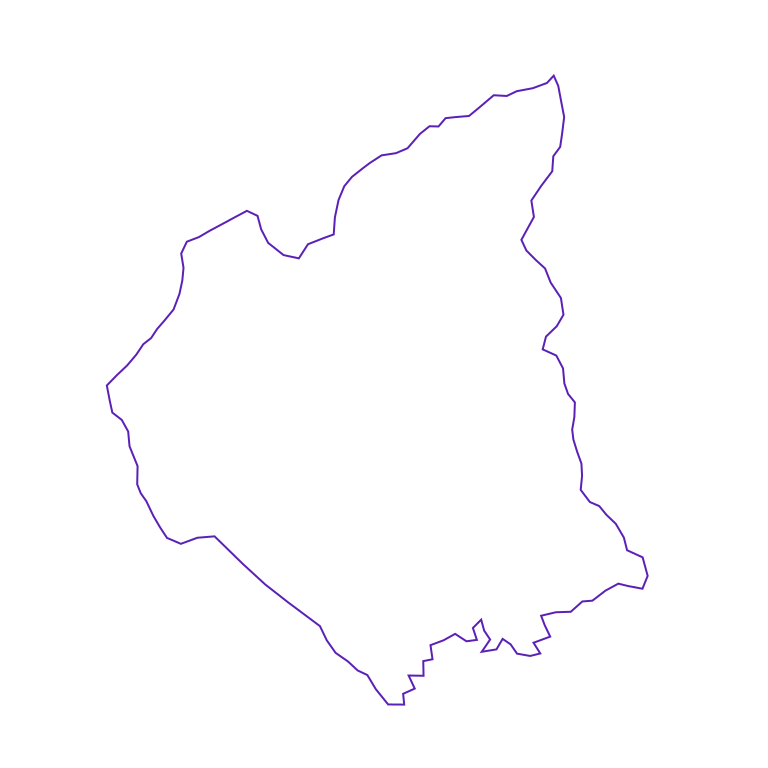 Elias Fausto, São Paulo, Brazil, rotated 184°
{"feature_id": "56859067B16325589227677", "entity_name": "Elias Fausto", "entity_type": "district", "adm_level": 2, "iso_a3": "BRA", "parent_name": "Brazil", "parent_adm1": "São Paulo", "projection": "robinson", "projection_center": [-47.38, -23.077], "detail": "fine", "context": "isolated", "style": "outline", "palette": "violet", "viewbox_px": 768, "rotation_deg": 184, "n_neighbors": 0, "source": "geoboundaries", "source_scale": "gbopen_adm2", "svg_char_len": 1945}
<svg xmlns="http://www.w3.org/2000/svg" viewBox="0 0 768 768"><g transform="rotate(184 384 384)"><path d="M209.8,465.6L213.5,482.1L224.8,496.8L231.4,510.5L241.0,518.1L251.3,527.1L257.0,537.4L246.1,561.1L249.8,577.3L241.0,592.6L231.0,608.0L231.0,623.0L224.8,632.8L223.8,645.8L222.9,662.9L226.8,677.6L231.0,693.6L236.2,703.4L242.4,695.7L256.1,689.5L272.1,685.3L281.6,679.9L294.7,679.7L308.0,666.7L317.9,657.3L331.5,655.2L341.1,653.5L347.6,644.7L356.6,644.3L365.6,636.0L377.0,620.8L388.2,615.1L402.4,611.9L413.3,603.7L420.1,597.8L430.4,588.4L437.4,578.6L442.2,564.3L444.6,546.8L444.6,529.7L454.3,525.4L469.6,518.1L477.7,503.4L493.2,505.6L509.4,516.7L517.3,529.7L521.9,542.9L532.9,547.2L569.2,524.3L578.8,517.7L590.6,512.2L595.4,500.0L592.1,485.9L592.4,473.3L594.3,459.7L599.1,443.7L607.2,432.3L614.2,423.0L619.5,413.6L626.9,406.9L633.1,396.1L641.6,384.5L651.0,374.3L660.4,363.2L656.3,347.8L653.0,336.5L643.1,329.9L635.9,318.8L633.5,304.1L624.1,284.9L623.2,266.7L619.0,258.0L612.9,250.5L604.8,236.2L597.2,225.1L589.7,215.3L575.5,210.4L559.5,217.6L542.4,220.2L512.2,194.6L488.6,175.8L464.3,159.4L431.0,138.0L423.2,124.3L413.5,112.4L400.6,104.7L390.3,96.4L380.3,92.5L370.8,78.9L357.5,64.6L341.5,65.6L343.3,76.3L332.1,82.3L339.1,94.9L324.2,95.7L325.5,110.3L316.4,112.8L319.4,126.7L306.7,132.5L295.6,139.7L283.8,133.1L273.5,135.2L278.3,146.8L270.6,155.7L266.9,145.0L260.3,136.5L267.8,123.7L253.3,127.1L247.9,138.0L239.5,133.1L232.5,124.3L219.2,122.9L209.3,126.1L216.8,136.3L200.6,143.6L206.9,154.7L211.1,163.8L196.6,168.3L181.8,169.8L171.0,180.9L161.0,182.4L148.7,193.3L136.3,201.2L126.6,199.5L111.9,197.8L107.6,211.0L113.9,229.1L129.9,235.1L134.0,247.5L143.0,260.7L153.1,269.1L160.7,277.2L170.4,280.6L180.4,292.1L180.0,306.2L181.5,318.4L186.6,329.9L191.2,341.8L193.1,351.7L191.8,364.3L192.3,379.0L199.7,386.9L204.1,397.1L206.5,412.1L214.1,424.4L228.1,429.6L225.7,442.6L215.7,453.7L209.8,465.6Z" fill="none" stroke="#5b21b6" stroke-width="2"/></g></svg>